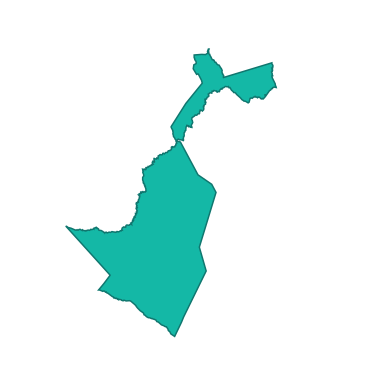 Isiolo North, Eastern, Kenya, rotated 154°
{"feature_id": "3690345B29935700450408", "entity_name": "Isiolo North", "entity_type": "district", "adm_level": 2, "iso_a3": "KEN", "parent_name": "Kenya", "parent_adm1": "Eastern", "projection": "equal_earth", "projection_center": [38.187, 1.182], "detail": "fine", "context": "isolated", "style": "filled", "palette": "teal", "viewbox_px": 384, "rotation_deg": 154, "n_neighbors": 0, "source": "geoboundaries", "source_scale": "gbopen_adm2", "svg_char_len": 6090}
<svg xmlns="http://www.w3.org/2000/svg" viewBox="0 0 384 384"><g transform="rotate(154 192 192)"><path d="M270.9,69.8L258.5,79.6L254.5,83.2L213.9,114.8L209.6,139.2L170.6,181.1L170.9,190.3L179.1,204.8L180.5,242.0L183.9,245.0L184.3,244.1L184.1,243.3L184.4,242.4L185.3,242.3L186.3,241.0L187.5,240.7L187.7,240.2L189.0,240.5L189.2,240.9L189.8,240.7L189.7,241.3L190.0,241.5L190.9,241.3L191.8,239.4L192.6,239.0L193.2,239.2L193.6,238.9L195.3,239.4L196.8,238.3L198.2,239.0L200.1,238.4L200.6,239.3L201.4,239.5L202.2,238.6L203.4,238.9L204.2,239.6L205.9,239.2L206.5,239.3L207.9,237.0L208.7,238.0L209.5,237.2L210.1,237.5L211.3,238.8L211.7,238.5L212.5,235.5L213.0,235.4L213.6,236.8L214.7,236.1L214.9,235.2L214.8,234.1L215.6,234.5L216.3,233.7L216.8,234.2L217.7,233.7L218.4,234.0L219.1,233.7L220.3,234.2L220.7,233.4L222.7,234.1L223.0,233.8L222.7,233.3L223.8,232.4L224.7,232.9L224.9,233.5L225.4,233.3L226.4,234.2L226.8,232.7L226.7,231.9L227.4,231.6L227.7,230.9L227.7,229.5L228.3,227.6L229.9,226.8L231.1,224.4L231.1,222.7L231.6,222.4L231.4,221.6L231.8,221.1L231.3,220.0L231.8,219.3L231.4,218.5L231.9,217.8L231.6,217.2L232.0,216.6L232.0,215.2L233.0,212.9L233.5,213.0L234.0,212.5L234.7,213.0L235.7,213.0L235.8,213.5L236.3,213.3L236.6,214.1L237.3,213.8L237.7,214.2L238.0,213.5L238.4,214.0L238.8,213.3L239.9,213.4L240.2,212.7L240.6,213.0L240.7,212.1L241.2,212.4L240.8,211.3L241.2,211.1L241.2,210.5L241.9,210.0L242.1,209.4L243.9,208.2L243.9,207.5L244.6,207.0L244.7,206.5L245.1,206.8L245.3,206.4L246.0,206.1L246.4,206.7L247.0,206.5L247.5,205.5L247.4,203.8L248.0,203.7L248.3,203.1L247.9,202.1L248.6,201.6L249.1,202.1L249.3,202.0L249.5,201.5L249.4,199.4L249.7,199.4L250.0,198.5L250.7,198.4L250.5,197.9L250.7,197.4L251.5,197.4L251.6,196.8L252.1,196.5L252.4,197.0L252.9,195.7L254.2,195.3L254.2,194.6L254.7,194.9L254.8,194.2L255.6,194.3L256.0,193.6L256.4,193.7L256.8,192.4L257.2,192.5L257.1,192.0L257.8,191.6L258.0,192.3L259.0,191.0L259.9,190.9L260.1,190.2L260.6,190.6L260.7,189.6L261.0,190.2L263.2,189.7L265.0,190.9L265.7,190.9L266.3,190.5L267.4,189.0L267.3,189.4L268.0,190.1L268.4,190.1L268.9,190.6L270.6,190.2L271.5,189.0L271.5,188.6L271.7,188.8L272.5,188.1L273.2,188.6L274.7,188.3L275.8,188.5L276.7,189.4L277.5,189.1L278.7,189.4L278.8,189.8L279.4,190.0L281.3,191.5L283.0,191.4L284.1,192.3L286.2,192.4L286.7,193.5L287.8,193.7L288.3,193.4L288.3,194.0L289.0,194.4L289.4,195.6L290.6,197.3L292.1,198.2L292.5,198.8L292.2,199.7L293.3,201.8L293.5,201.5L294.0,202.3L295.1,202.2L295.7,202.5L296.3,201.8L296.4,202.2L296.8,202.0L298.6,202.1L299.2,202.8L300.8,202.4L302.2,203.4L302.8,203.3L304.2,203.8L304.5,203.5L306.5,205.1L307.0,206.0L307.6,205.5L309.0,207.6L310.0,207.8L311.0,207.6L311.5,207.9L311.8,208.5L312.5,208.4L313.6,209.0L316.6,212.5L318.9,214.4L319.7,216.0L320.4,216.7L302.1,153.3L302.2,153.0L311.4,148.3L318.9,144.9L318.1,144.5L315.7,141.8L314.6,141.7L314.0,141.1L313.7,139.9L312.9,139.8L312.8,138.7L312.0,137.9L309.4,132.8L308.9,132.5L308.6,130.9L308.0,131.0L307.5,129.9L306.5,129.7L306.0,128.3L305.4,128.5L305.1,127.2L304.3,127.3L302.8,126.1L302.7,125.5L301.6,124.4L300.6,124.6L299.0,123.0L295.8,121.7L294.9,120.8L292.2,114.5L292.3,113.7L291.7,111.2L290.6,108.0L288.7,104.6L288.9,102.6L288.4,102.2L287.5,99.8L286.4,98.2L284.9,97.3L284.0,96.0L283.3,95.8L282.7,94.9L281.9,94.3L280.6,92.8L280.4,90.9L279.3,89.9L277.7,86.0L276.0,84.2L275.0,82.6L274.1,82.1L273.7,79.4L274.0,77.8L273.2,76.1L273.2,73.7L270.9,69.8ZM132.0,305.6L134.6,305.5L136.9,302.2L136.3,295.7L134.9,295.6L134.6,294.5L134.5,288.1L135.1,285.3L158.7,274.3L182.1,259.9L182.4,259.1L182.3,255.6L182.5,255.5L182.8,254.0L183.7,252.6L183.9,251.1L184.3,250.0L183.9,248.0L184.0,246.6L183.7,245.9L183.9,245.0L181.2,245.6L180.6,245.0L180.4,244.4L179.0,243.8L178.1,242.9L177.5,243.1L177.5,242.2L177.2,242.0L176.7,242.5L176.8,243.6L175.9,244.3L175.3,245.5L174.5,245.7L173.2,248.6L171.9,249.2L171.5,250.0L170.6,250.1L168.9,253.0L167.9,253.4L167.5,254.2L167.2,254.1L166.9,253.2L166.2,253.1L166.3,252.2L165.7,252.3L165.1,251.0L163.8,250.1L163.5,251.2L163.7,251.6L163.5,252.2L160.9,254.1L160.4,256.1L160.5,257.3L159.4,258.8L156.4,259.2L155.4,259.8L154.5,259.1L153.8,259.0L152.1,259.7L151.1,259.1L150.7,259.4L149.8,261.1L149.3,261.1L148.8,262.0L147.6,261.2L147.2,260.2L145.5,260.8L144.8,261.8L144.4,263.6L143.9,264.1L143.7,263.8L143.0,264.8L141.3,265.1L140.7,266.3L140.3,266.4L140.2,267.4L140.6,267.4L140.0,268.2L140.0,269.2L139.6,269.7L139.0,269.2L138.6,269.5L138.1,269.3L136.9,270.5L136.0,270.4L135.3,270.9L134.7,270.9L134.6,272.5L134.4,272.9L133.8,272.7L133.0,273.2L132.2,273.2L130.9,272.2L129.7,273.8L128.8,273.2L128.0,273.7L127.3,273.3L126.8,272.6L125.6,272.1L125.8,271.2L125.6,270.7L124.3,270.8L123.6,270.2L123.2,270.3L122.7,271.1L121.2,271.9L120.6,271.6L120.2,272.0L119.5,271.4L119.0,272.0L117.4,271.9L115.9,272.3L113.9,270.9L113.1,270.9L113.0,269.4L112.1,269.2L111.9,266.3L111.0,264.1L110.9,263.1L109.8,262.5L109.3,261.4L109.2,260.3L107.2,255.4L106.7,253.2L105.8,251.8L105.6,251.1L104.1,250.0L102.5,247.5L101.3,247.7L98.7,250.7L97.5,250.5L96.8,249.8L94.9,250.3L94.3,250.0L93.4,250.3L93.0,249.2L92.0,248.9L91.9,248.0L90.4,248.1L89.6,247.3L89.3,245.8L88.6,245.1L87.9,245.3L87.6,244.6L87.2,244.4L84.0,245.7L83.9,247.2L83.1,247.0L82.8,246.4L77.9,249.1L76.6,249.2L75.2,250.0L74.4,249.7L73.8,250.4L72.0,250.2L70.5,249.0L70.3,250.0L70.3,251.4L69.8,252.7L69.8,259.3L69.4,261.2L68.5,261.1L68.4,262.7L68.0,263.3L67.9,265.1L66.9,265.3L66.6,266.4L66.2,266.3L66.0,268.0L65.6,267.6L65.1,268.6L64.7,268.7L64.4,269.6L64.0,269.7L63.8,270.5L64.0,272.3L63.6,273.1L113.5,281.1L113.4,281.7L112.6,282.4L112.5,283.3L112.9,284.3L112.6,284.7L112.7,285.7L112.4,286.9L111.6,288.0L111.5,290.2L111.8,291.2L112.0,294.1L112.9,294.8L113.6,296.4L113.7,298.1L114.5,298.6L114.5,300.8L114.9,300.9L115.0,301.6L115.8,302.0L115.8,305.7L116.0,306.9L115.8,307.6L116.0,307.6L116.2,309.0L115.8,309.6L116.0,310.3L115.4,311.0L115.2,311.6L115.4,311.9L115.2,312.4L114.5,312.5L114.0,313.0L114.6,313.3L116.5,311.5L116.7,309.9L119.6,309.6L123.1,311.5L130.0,314.2L131.2,311.7L131.0,311.2L131.4,310.0L131.4,308.5L131.1,307.8L131.5,306.5L132.0,305.6Z" fill="#14b8a6" stroke="#0f766e" stroke-width="1.5"/></g></svg>